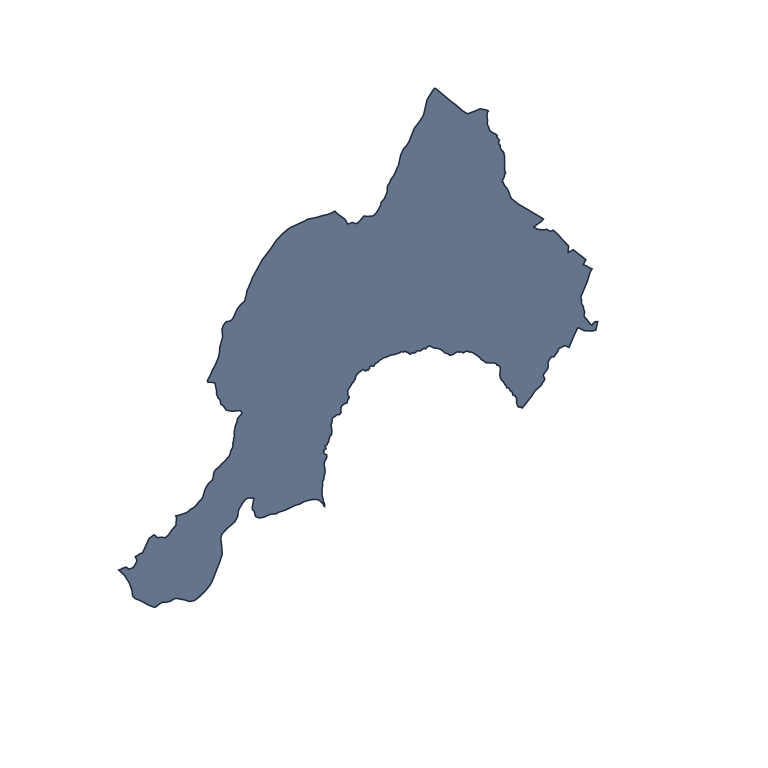 Chipaque, Cundinamarca, Colombia (Natural Earth projection), rotated 22°
{"feature_id": "7082276B56609677726929", "entity_name": "Chipaque", "entity_type": "district", "adm_level": 2, "iso_a3": "COL", "parent_name": "Colombia", "parent_adm1": "Cundinamarca", "projection": "natural_earth1", "projection_center": [-74.063, 4.408], "detail": "fine", "context": "isolated", "style": "filled", "palette": "slate", "viewbox_px": 768, "rotation_deg": 22, "n_neighbors": 0, "source": "geoboundaries", "source_scale": "gbopen_adm2", "svg_char_len": 6158}
<svg xmlns="http://www.w3.org/2000/svg" viewBox="0 0 768 768"><g transform="rotate(22 384 384)"><path d="M378.6,91.8L376.9,91.5L370.0,92.8L367.0,96.0L360.2,102.2L354.5,101.3L346.4,98.4L340.0,96.8L321.7,90.8L320.1,90.8L319.5,92.3L317.4,104.3L319.7,118.4L319.7,121.6L318.6,127.3L316.3,135.5L316.4,149.5L315.8,154.0L314.2,157.9L313.7,163.8L313.7,165.6L315.6,176.7L315.1,178.3L315.4,180.4L314.9,187.2L313.7,191.9L313.8,195.9L312.9,198.8L314.9,204.5L315.0,208.2L314.8,212.3L313.3,216.8L313.9,219.6L313.2,226.3L312.0,230.3L310.3,232.8L308.1,233.5L306.6,234.6L302.4,235.8L300.3,242.4L298.9,245.0L297.4,246.0L294.0,246.1L291.9,248.3L290.3,249.2L287.7,247.0L285.3,245.6L277.2,243.7L273.6,242.1L271.3,245.0L268.1,248.1L265.7,249.5L258.5,255.2L251.3,259.9L249.7,262.2L239.4,273.1L237.1,276.2L233.8,282.3L230.5,290.6L227.8,302.9L224.6,314.2L222.1,335.3L222.4,340.0L222.1,343.4L222.4,344.7L221.9,347.8L222.3,350.7L223.1,353.1L223.1,355.6L223.6,357.6L223.6,359.7L221.4,363.9L219.7,369.9L219.5,378.4L218.8,381.6L217.3,383.6L214.5,385.2L213.8,386.7L213.0,390.4L213.4,394.4L216.4,400.0L216.8,401.5L218.0,411.7L219.5,416.0L220.5,420.9L220.4,430.3L219.6,435.6L219.7,440.1L219.0,446.8L219.6,448.0L220.2,448.4L223.5,447.0L226.9,446.5L231.4,453.1L232.1,455.2L233.0,456.7L235.8,459.4L237.1,459.6L238.1,460.4L240.1,463.8L243.4,464.5L247.3,467.3L248.3,467.3L253.6,466.1L260.1,462.7L261.6,462.8L262.7,463.6L263.1,464.2L262.9,465.6L261.1,470.9L261.9,474.9L261.8,478.3L263.1,484.8L265.1,489.1L264.9,490.8L265.7,492.4L265.9,495.1L267.1,497.8L267.4,500.2L266.9,503.2L267.5,506.3L267.4,509.2L265.1,515.6L263.1,519.7L262.4,522.2L260.1,526.2L259.5,528.2L259.4,529.7L260.7,535.2L260.7,537.4L258.6,541.9L257.7,546.4L257.6,549.7L258.3,555.9L258.2,558.7L256.5,562.4L254.9,567.9L253.1,571.1L251.6,572.6L250.4,575.3L248.9,577.4L244.0,581.7L240.3,584.3L241.2,584.9L242.5,587.8L243.3,591.3L243.9,592.1L243.9,593.2L241.9,599.2L240.7,604.6L238.9,608.4L235.4,609.3L231.2,611.4L228.9,610.2L227.1,610.1L224.0,615.4L223.4,631.0L221.3,632.7L219.0,636.3L218.0,637.2L220.7,639.8L221.3,641.0L220.7,646.1L220.2,647.7L219.4,649.0L216.8,651.3L213.4,650.3L211.7,652.1L210.8,652.4L209.3,654.6L207.7,655.8L215.1,658.7L222.2,663.7L227.3,669.4L230.4,674.7L233.7,676.2L240.3,676.2L247.9,677.2L253.1,677.2L255.5,676.8L258.4,671.8L260.6,669.2L263.6,668.1L267.3,665.5L269.6,662.3L271.4,660.7L280.0,658.9L284.9,658.6L289.3,655.9L292.2,651.2L296.0,642.5L298.0,636.0L298.6,630.8L298.4,611.6L297.9,602.7L294.9,596.3L290.4,588.2L290.0,583.7L292.9,576.3L297.3,567.7L298.0,561.5L296.7,556.9L296.5,554.2L297.6,547.1L298.8,543.1L299.8,541.6L301.7,540.1L306.1,538.7L308.1,547.9L309.0,549.7L311.3,550.6L314.5,555.0L318.4,555.0L322.5,552.6L327.2,547.5L332.4,545.0L334.7,542.1L339.9,537.8L347.3,529.6L351.0,526.8L354.0,523.0L357.8,520.0L361.1,517.9L364.7,516.3L367.4,516.1L372.1,517.8L374.3,519.8L374.8,519.9L374.0,517.6L371.6,515.3L370.4,513.1L368.4,510.6L365.6,503.9L365.2,501.2L363.7,498.0L363.9,495.0L363.0,492.2L362.8,489.1L361.3,485.1L358.3,480.6L358.5,479.3L357.9,478.2L358.5,474.1L358.1,472.2L357.2,471.0L355.4,471.2L354.5,470.9L353.5,469.6L353.7,468.9L353.2,467.6L354.5,465.7L354.2,465.1L352.8,464.0L352.8,463.1L354.0,461.6L353.9,459.8L354.4,457.9L353.8,456.6L353.9,455.4L353.3,453.2L354.4,450.2L353.7,449.4L353.8,448.3L352.9,446.1L351.6,444.5L351.5,443.3L350.3,442.8L350.2,439.4L349.0,435.3L349.9,433.3L351.1,431.9L351.7,430.3L352.6,429.6L353.9,429.4L354.7,427.6L354.9,426.2L353.7,424.5L352.9,421.0L353.4,419.4L354.8,417.1L356.7,415.5L356.8,414.7L356.3,412.7L356.9,409.8L356.4,408.9L354.3,407.7L354.0,406.1L352.9,404.0L352.9,402.4L354.0,397.4L354.2,394.9L355.0,393.3L355.0,391.6L355.5,390.7L354.9,385.8L356.0,384.2L356.3,382.6L357.5,381.2L358.6,378.8L359.7,378.4L362.0,379.0L362.6,377.5L364.0,377.3L364.8,375.0L364.2,373.1L365.5,371.7L367.2,371.8L367.9,371.4L368.1,368.9L368.5,368.0L369.9,366.5L371.2,363.3L372.3,362.3L373.8,359.7L375.5,358.8L379.3,354.8L382.2,353.1L385.2,350.7L385.6,350.0L386.5,349.6L387.8,347.6L390.3,347.0L391.2,345.6L393.1,346.1L394.2,345.8L396.5,346.7L397.5,346.3L397.9,344.6L399.1,344.6L400.5,343.9L401.4,343.0L402.6,340.5L405.0,340.0L407.8,335.9L409.3,336.1L409.9,334.3L411.6,331.7L417.2,331.9L419.2,331.1L423.7,330.6L424.9,331.2L426.7,331.4L428.4,332.4L432.4,332.1L434.1,332.8L437.2,330.6L437.8,329.2L440.3,326.4L442.0,326.4L443.2,325.3L445.8,325.5L448.0,322.7L450.1,322.3L451.3,322.5L452.2,321.9L454.6,321.7L460.5,322.9L463.2,323.8L465.4,325.1L467.2,325.1L469.8,326.0L471.4,325.9L473.4,325.0L474.8,324.8L476.9,323.6L479.5,323.1L480.6,323.2L481.7,324.3L482.9,323.9L483.9,324.0L485.4,325.0L486.3,326.5L487.7,331.7L489.9,335.2L492.4,336.8L494.8,337.8L496.1,339.2L497.9,339.7L499.2,341.6L500.0,341.0L501.0,340.9L503.5,342.9L506.2,343.7L507.5,346.0L509.1,345.7L512.2,347.4L513.9,351.7L516.4,354.6L517.5,355.0L519.7,354.3L520.5,354.5L520.6,354.0L521.3,354.3L525.2,341.0L526.7,333.7L530.3,326.4L530.6,323.1L531.3,320.4L531.1,318.9L528.8,316.8L528.3,315.6L530.1,308.3L529.7,306.2L528.0,302.6L528.4,297.8L529.5,295.9L531.1,295.4L531.6,294.9L531.8,293.0L532.7,290.3L533.0,285.2L534.4,284.1L536.1,281.8L537.9,280.6L541.9,280.8L542.1,267.1L542.6,259.4L544.2,259.1L549.6,259.6L557.3,256.9L560.3,254.6L558.7,246.1L556.7,246.9L556.0,247.8L555.3,249.2L555.1,250.8L554.5,251.6L551.2,250.3L547.7,248.0L544.9,246.9L543.9,245.6L543.0,241.8L540.8,239.6L540.0,237.6L536.9,235.3L535.7,232.0L533.9,229.9L534.1,212.7L533.3,203.9L533.5,200.2L533.9,199.3L530.9,199.3L527.4,198.6L524.1,198.8L524.6,193.1L509.1,188.6L505.4,193.1L503.5,186.9L494.5,182.9L490.5,180.7L483.3,177.9L482.0,179.5L480.4,180.2L477.1,179.6L476.3,179.8L474.9,180.9L470.3,182.6L469.0,182.6L467.9,183.3L466.3,182.5L464.6,182.7L464.0,182.4L469.4,173.5L470.0,171.2L441.4,166.9L433.1,164.5L431.3,163.2L426.6,158.0L424.7,156.5L421.3,154.8L417.6,151.1L417.9,146.6L417.1,143.8L417.2,143.3L417.7,143.3L417.5,142.3L415.9,140.9L410.7,128.2L408.6,124.8L406.9,123.6L406.7,123.9L405.5,123.3L403.1,121.1L402.2,119.0L400.5,118.4L399.7,116.8L399.8,114.8L396.1,112.7L395.9,111.2L394.2,110.5L389.3,110.1L387.5,109.4L386.4,108.7L384.8,106.5L382.9,105.0L382.2,103.9L381.4,101.0L378.7,96.0L378.1,93.2L378.6,91.8Z" fill="#64748b" stroke="#1e293b" stroke-width="1.5"/></g></svg>